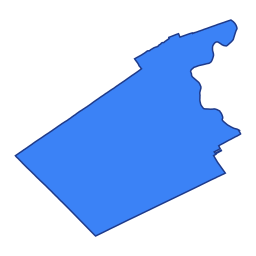 the district of Nicolae Titulescu, Olt, Romania
{"feature_id": "2599482B32809013995919", "entity_name": "Nicolae Titulescu", "entity_type": "district", "adm_level": 2, "iso_a3": "ROU", "parent_name": "Romania", "parent_adm1": "Olt", "projection": "equal_earth", "projection_center": [24.74, 44.265], "detail": "fine", "context": "isolated", "style": "filled", "palette": "blue", "viewbox_px": 256, "rotation_deg": 0, "n_neighbors": 0, "source": "geoboundaries", "source_scale": "gbopen_adm2", "svg_char_len": 5621}
<svg xmlns="http://www.w3.org/2000/svg" viewBox="0 0 256 256"><path d="M239.3,130.3L238.3,129.7L237.0,129.1L235.4,128.7L233.9,128.3L231.4,127.1L229.6,126.1L227.5,124.9L224.3,122.2L223.3,121.3L222.5,120.4L222.2,119.7L222.3,119.0L222.7,118.2L222.7,117.1L222.4,116.1L222.1,115.2L221.5,113.8L221.0,112.9L220.2,111.9L219.7,111.0L219.0,110.6L217.9,110.1L217.0,109.6L215.4,109.1L214.1,108.9L212.9,109.1L210.5,109.2L207.8,109.0L205.0,108.9L203.7,108.6L203.0,107.9L202.1,106.7L201.4,105.7L200.7,104.4L200.4,103.0L200.0,101.4L199.8,99.8L199.9,98.1L199.9,96.7L200.0,95.2L199.8,93.9L199.8,92.4L200.2,90.9L200.5,89.7L200.9,88.2L200.9,86.8L200.5,85.8L200.0,84.6L199.4,83.3L198.5,82.2L196.9,80.8L193.9,78.2L192.4,76.9L191.8,75.9L191.5,75.1L191.5,74.0L191.2,73.1L190.6,71.6L190.9,70.3L191.7,69.3L192.8,68.4L193.8,67.4L195.9,66.7L198.8,65.6L203.3,64.6L206.8,63.7L209.0,63.3L210.3,62.5L211.2,61.7L211.8,60.6L212.5,59.0L213.0,57.4L213.5,55.7L213.5,54.1L213.1,52.4L212.6,50.6L212.5,49.1L212.5,47.4L212.8,45.7L213.5,44.6L214.1,43.6L215.1,42.6L216.2,42.0L217.3,41.9L218.3,42.2L219.5,43.0L220.5,43.6L221.8,44.6L223.7,45.5L225.3,45.8L226.5,45.9L227.4,45.3L229.2,43.7L231.1,42.0L232.6,40.4L233.3,39.4L233.7,38.0L234.2,36.4L234.8,34.4L235.5,32.2L236.1,30.5L236.8,29.2L237.0,28.3L236.7,27.0L236.0,25.2L234.9,23.4L233.3,21.7L231.1,20.1L230.9,20.0L229.8,20.4L228.8,20.7L227.0,21.3L224.5,22.2L223.4,22.6L222.1,23.0L221.2,23.3L219.8,23.8L219.2,24.0L218.8,24.1L217.9,24.4L217.1,24.7L215.9,25.2L214.4,25.7L213.3,26.1L212.1,26.5L209.9,27.3L208.5,27.8L206.9,28.4L205.4,28.9L203.6,29.5L202.5,30.0L201.2,30.4L200.5,30.7L199.8,30.9L198.9,31.2L197.9,31.6L196.8,32.0L195.8,32.3L195.3,32.5L194.1,32.7L194.1,32.9L192.6,33.5L192.3,32.9L189.6,33.7L180.0,37.1L179.9,37.0L179.0,34.8L178.5,33.7L176.4,34.4L171.4,36.4L168.8,37.4L168.9,38.3L169.1,38.6L168.8,38.8L168.5,39.0L167.9,39.4L166.9,40.1L165.7,41.0L165.2,41.3L164.7,41.7L164.5,41.9L164.3,42.1L164.1,42.3L163.9,42.5L163.4,42.6L163.0,42.6L162.6,42.6L162.4,42.6L162.2,42.6L161.7,42.9L161.6,43.0L161.3,43.3L161.1,43.4L160.9,43.6L160.8,43.9L160.6,44.1L160.4,44.2L160.0,44.5L159.8,44.6L159.5,44.7L159.2,44.8L159.0,45.1L158.6,45.6L158.3,45.9L158.1,46.2L157.9,46.4L157.7,46.4L157.2,46.5L157.0,46.8L156.8,46.9L156.6,47.0L156.3,47.0L156.0,47.0L155.7,47.1L154.7,47.5L153.9,47.8L153.2,48.2L152.6,48.6L151.9,49.0L151.2,49.4L150.7,49.7L150.3,50.0L149.8,50.5L149.4,50.7L149.1,50.8L148.7,50.8L148.3,50.8L148.0,50.8L147.6,50.9L147.3,51.0L147.0,51.2L146.7,51.4L146.5,51.6L145.8,52.1L144.5,53.1L143.0,54.0L141.5,55.0L139.1,56.3L136.2,57.9L134.6,58.8L134.8,59.1L135.4,60.0L136.0,60.8L136.7,61.7L137.1,62.3L137.5,62.8L137.9,63.4L138.1,63.7L138.3,64.1L138.5,64.5L138.7,64.8L138.8,65.1L139.0,65.6L139.2,66.0L139.3,66.1L139.6,66.4L139.9,66.7L140.3,67.2L141.0,68.2L141.5,68.8L140.6,69.4L140.1,69.8L139.5,70.3L138.9,70.7L137.7,71.6L136.8,72.2L135.7,73.0L134.8,73.6L133.8,74.3L132.9,74.9L132.1,75.4L131.3,76.0L130.4,76.6L128.9,77.7L128.0,78.3L127.2,78.9L126.3,79.5L125.7,80.0L125.1,80.4L124.5,80.8L123.5,81.5L122.7,82.0L122.0,82.5L121.3,83.0L119.9,83.9L119.2,84.4L117.8,85.4L117.1,85.8L116.6,86.2L115.7,86.8L114.7,87.6L113.4,88.5L111.9,89.4L111.0,90.0L110.2,90.5L109.6,91.0L108.7,91.6L107.8,92.2L106.4,93.2L105.7,93.5L105.2,93.9L104.7,94.3L104.1,94.7L103.3,95.3L102.2,96.0L100.4,97.2L99.3,98.0L97.9,99.0L96.4,100.0L95.1,100.9L94.1,101.6L91.4,103.6L90.5,104.3L89.5,105.0L88.8,105.5L88.0,106.0L87.2,106.6L86.5,107.1L85.7,107.5L85.3,107.8L84.3,108.5L83.0,109.3L82.3,109.8L80.7,110.8L79.9,111.3L79.1,111.8L78.5,112.3L77.2,113.2L76.5,113.7L76.1,114.0L75.7,114.4L75.1,114.8L74.5,115.2L74.0,115.5L73.4,115.9L73.1,116.2L72.3,116.7L71.4,117.4L70.4,118.2L69.6,118.7L68.7,119.3L67.4,120.3L66.6,120.8L65.7,121.3L64.6,122.0L64.0,122.4L63.3,122.8L62.9,123.1L61.9,123.7L60.7,124.6L58.9,125.8L57.9,126.5L56.2,127.7L55.4,128.3L54.8,128.7L54.2,129.1L53.6,129.5L52.9,130.0L52.1,130.6L50.6,131.6L49.8,132.1L48.6,133.0L47.4,133.7L46.4,134.4L45.7,134.8L45.3,135.1L45.0,135.3L44.6,135.6L43.8,136.1L43.0,136.7L42.0,137.4L40.5,138.4L39.1,139.3L38.1,140.0L37.7,140.2L36.6,141.0L35.6,141.6L34.1,142.7L33.1,143.4L32.2,144.1L28.0,147.0L27.1,147.7L25.7,148.6L24.9,149.2L23.7,149.9L23.1,150.4L21.5,151.5L20.5,152.2L19.5,152.8L18.8,153.4L18.3,153.7L17.3,154.4L15.4,155.7L16.1,156.6L16.9,157.4L18.0,158.4L18.8,159.2L19.4,159.9L20.3,160.7L20.8,161.3L21.1,161.6L21.4,161.9L21.7,162.1L22.1,162.7L23.6,164.2L24.3,164.9L24.7,165.3L26.1,166.7L27.4,168.0L28.5,169.0L29.3,169.8L30.4,170.8L31.1,171.5L31.8,172.2L32.6,173.0L33.4,173.8L34.2,174.5L35.6,176.0L37.2,177.6L37.5,177.9L38.4,178.7L39.5,179.8L40.1,180.4L41.4,181.6L42.0,182.2L43.4,183.5L44.0,184.1L44.9,184.9L45.7,185.7L46.4,186.4L47.2,187.2L47.9,187.9L48.4,188.4L49.1,189.1L49.6,189.6L50.3,190.2L51.0,190.9L52.0,191.9L52.9,192.9L54.1,194.1L55.1,195.1L55.7,195.7L56.9,196.8L58.0,197.9L58.7,198.7L59.8,199.8L60.5,200.5L61.2,201.2L62.1,202.0L63.2,203.1L64.5,204.4L65.1,205.0L65.8,205.7L66.9,206.8L67.9,207.8L94.4,234.9L95.6,236.0L103.0,232.4L110.2,228.8L121.9,223.1L127.4,220.4L193.8,188.4L211.5,179.7L212.2,179.4L212.7,179.2L213.2,178.9L214.6,178.3L215.9,177.7L216.5,177.3L218.0,176.6L219.4,176.0L221.6,174.9L224.0,173.8L225.3,173.1L217.5,162.2L213.6,155.6L215.6,154.5L216.0,154.2L215.7,153.8L221.4,150.7L221.1,150.1L215.3,153.3L214.5,152.3L214.2,151.9L220.2,148.7L219.7,147.8L219.2,146.7L218.7,145.8L219.1,145.6L220.0,145.0L220.8,144.6L221.5,144.2L223.1,143.4L224.9,142.4L225.8,141.9L227.4,141.0L228.3,140.5L229.4,139.9L230.8,139.3L232.0,138.6L234.1,137.5L235.7,136.6L236.6,136.3L240.1,134.3L240.6,133.9L239.6,131.9L239.2,131.3L238.7,130.5L239.1,130.4L239.3,130.3Z" fill="#3b82f6" stroke="#1e3a8a" stroke-width="1.5"/></svg>